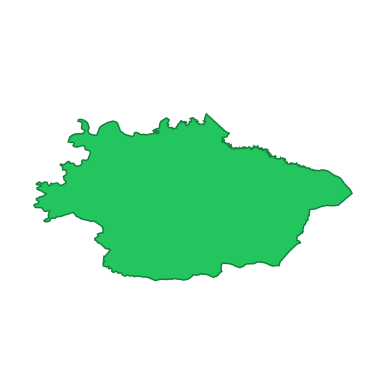 Renu Nakhon, Nakhon Phanom, Thailand, rotated 82°
{"feature_id": "78962969B93131496494320", "entity_name": "Renu Nakhon", "entity_type": "district", "adm_level": 2, "iso_a3": "THA", "parent_name": "Thailand", "parent_adm1": "Nakhon Phanom", "projection": "equal_earth", "projection_center": [104.629, 17.057], "detail": "fine", "context": "isolated", "style": "filled", "palette": "green", "viewbox_px": 384, "rotation_deg": 82, "n_neighbors": 0, "source": "geoboundaries", "source_scale": "gbopen_adm2", "svg_char_len": 6072}
<svg xmlns="http://www.w3.org/2000/svg" viewBox="0 0 384 384"><g transform="rotate(82 192 192)"><path d="M197.3,45.1L195.7,48.3L190.2,54.5L188.9,57.5L188.2,59.9L188.5,64.2L187.9,65.3L187.8,68.4L187.1,68.4L187.1,69.2L186.6,69.3L186.6,70.7L184.8,72.2L185.1,73.1L184.2,73.9L184.3,75.0L183.0,76.9L182.5,76.8L182.6,78.1L182.0,78.1L182.5,78.8L181.8,79.4L182.3,79.8L181.8,81.4L180.9,81.3L181.1,82.7L180.2,82.2L179.4,84.1L177.9,84.3L178.8,86.4L177.9,87.2L178.0,89.0L177.3,89.0L177.0,89.7L177.1,90.4L177.9,90.4L177.5,90.9L178.0,92.8L177.2,93.9L176.4,94.1L176.0,93.1L175.9,94.9L175.3,94.4L175.1,95.1L174.1,95.6L173.5,95.3L173.4,96.0L172.6,95.1L172.0,95.3L172.2,96.1L171.4,96.7L171.7,97.4L171.0,97.7L171.1,98.8L170.2,99.5L171.4,99.9L171.1,102.6L169.6,104.7L169.9,105.2L169.5,105.5L168.4,104.1L167.7,104.5L168.4,105.9L168.0,107.5L167.1,108.1L167.3,108.7L168.2,109.0L167.8,110.4L166.4,110.0L165.6,108.9L165.2,110.2L165.9,110.5L165.5,111.1L164.5,111.4L164.7,109.9L163.5,110.0L162.9,112.4L162.1,111.2L161.0,111.0L161.4,112.6L160.1,112.2L160.1,113.2L159.6,113.6L159.9,114.8L160.7,115.0L160.6,116.0L160.2,116.6L159.0,116.1L157.9,117.1L158.1,117.9L159.2,117.9L159.2,119.4L158.1,119.4L157.9,120.4L157.0,120.1L156.9,121.2L155.8,120.7L156.2,121.6L155.8,122.4L156.1,123.0L155.2,124.1L156.4,123.8L156.1,125.2L157.1,125.3L157.2,126.0L158.2,126.9L157.8,127.8L156.7,127.3L156.4,128.3L155.3,128.8L155.4,129.8L156.2,130.7L156.0,132.4L155.3,132.7L156.0,133.3L154.8,134.0L155.8,135.0L154.8,135.5L155.9,136.5L155.2,137.2L155.8,138.7L155.7,139.3L154.6,139.3L155.3,140.3L154.4,141.8L155.2,142.5L154.3,143.1L155.4,144.0L154.3,144.8L154.6,146.5L153.5,147.5L153.2,146.9L152.9,147.9L151.9,146.7L150.7,146.6L152.0,149.3L151.4,149.4L150.9,148.5L150.0,148.7L149.5,150.2L149.0,149.3L148.5,152.5L148.2,152.7L147.9,152.1L146.8,153.5L146.8,154.3L146.3,154.0L146.2,154.9L145.5,153.7L145.9,153.0L145.0,152.7L143.9,154.2L144.2,154.6L142.3,154.4L142.6,152.4L142.1,149.7L140.1,148.6L140.0,147.7L138.8,147.0L137.2,150.0L116.7,166.9L117.6,167.8L119.4,168.0L120.3,169.1L121.1,168.9L122.6,169.7L123.2,170.7L124.3,168.7L125.4,170.5L126.7,170.8L126.2,171.7L126.2,175.0L125.4,175.2L125.1,176.2L123.1,178.1L123.0,176.3L121.4,177.4L120.2,179.7L118.8,180.2L118.6,181.4L119.1,183.6L120.5,182.6L122.3,182.8L121.8,184.5L124.1,185.5L125.5,187.3L125.4,188.4L124.3,188.6L123.2,189.7L122.4,189.4L122.8,187.7L122.1,187.8L121.3,189.4L121.2,192.3L120.3,192.3L120.0,192.8L120.6,194.0L121.9,194.0L123.0,196.5L124.9,197.3L125.1,198.3L126.6,198.7L126.8,202.1L126.3,202.7L125.5,202.4L125.0,205.9L123.1,206.9L121.9,205.6L121.0,207.0L117.5,204.5L115.6,206.3L115.2,207.3L117.7,212.8L120.4,214.6L124.1,215.2L124.8,219.6L125.7,221.9L126.8,221.7L126.4,219.4L127.0,216.7L128.1,216.2L129.3,217.2L129.2,218.9L127.7,218.3L127.2,218.9L128.7,221.8L129.0,229.6L128.1,231.7L128.2,234.4L125.6,237.9L125.1,239.3L125.4,240.7L128.2,241.9L128.7,243.6L125.8,250.2L121.7,254.4L113.5,256.2L112.0,257.5L110.8,260.3L111.4,265.7L114.3,273.3L115.6,274.6L122.4,278.4L122.3,279.9L121.2,283.6L119.8,285.5L117.9,286.4L116.6,286.4L114.1,284.9L108.8,285.9L106.0,288.7L104.4,292.4L104.7,294.4L106.0,295.0L107.1,292.4L108.4,291.0L113.4,292.6L114.4,292.0L116.1,289.5L117.1,289.6L118.2,290.8L119.0,292.8L118.3,299.4L118.7,301.9L120.5,305.3L125.1,307.6L126.1,305.3L126.1,303.3L126.5,302.4L127.5,302.1L129.5,303.3L131.0,301.8L131.5,299.7L130.8,294.7L131.4,292.6L132.9,291.7L135.0,291.9L136.8,288.0L138.9,287.0L145.5,290.6L145.8,292.9L145.1,295.9L146.5,297.1L148.3,296.8L149.1,297.3L150.1,299.0L150.6,301.6L149.8,303.7L147.2,305.1L146.5,309.1L144.8,309.2L144.7,311.1L147.2,314.8L147.0,316.1L146.2,317.2L146.2,318.5L147.1,318.6L149.0,316.5L152.1,317.1L152.5,314.2L155.5,313.3L157.2,314.0L158.7,317.2L162.0,316.9L164.7,315.2L165.6,316.0L167.3,320.1L167.0,321.7L164.6,323.7L164.2,324.7L164.6,328.1L163.8,330.6L165.7,331.2L165.8,332.6L164.7,333.6L162.4,334.2L161.7,335.6L161.7,336.9L162.9,339.4L160.9,341.6L161.8,344.6L162.6,345.1L163.3,344.5L164.3,340.4L165.3,341.0L166.3,344.9L167.6,345.0L169.3,342.6L170.1,340.6L171.9,339.2L173.1,336.7L173.6,336.6L175.6,340.4L175.6,343.0L177.1,347.1L178.1,347.2L180.3,344.9L180.9,344.9L181.8,346.1L182.4,349.5L183.0,350.3L184.7,349.8L185.7,348.8L186.4,344.1L187.2,342.6L190.4,340.9L190.8,339.6L190.6,336.5L191.2,335.8L194.7,337.5L197.3,337.4L197.9,338.1L199.4,342.4L200.1,342.6L200.8,342.0L201.3,339.8L201.0,337.0L199.2,336.0L198.5,334.8L198.8,331.0L197.6,329.1L198.0,325.2L196.9,320.9L196.7,317.2L195.9,315.3L195.7,312.3L200.1,309.8L201.5,307.2L203.1,305.7L206.0,298.0L206.9,297.1L206.8,295.0L207.7,292.4L212.2,287.3L214.9,285.0L215.3,285.5L217.6,285.2L220.1,286.1L219.8,288.5L220.6,291.5L222.4,290.6L224.5,294.7L225.9,294.9L227.1,293.2L228.9,292.6L230.6,289.6L235.9,285.5L236.6,283.0L237.1,282.6L237.0,281.8L238.2,281.0L243.7,287.2L243.4,288.1L247.1,289.2L248.6,288.9L248.8,288.2L249.6,289.9L252.9,290.1L254.4,286.9L254.1,284.8L256.0,285.3L256.5,284.7L256.2,283.4L256.6,282.5L258.4,282.0L259.4,282.4L260.9,280.7L260.1,279.3L260.0,278.1L262.1,276.3L262.3,273.5L264.2,272.6L266.0,270.4L265.3,267.3L266.5,265.4L266.7,263.5L266.4,262.5L267.7,261.0L267.7,256.9L269.4,252.3L269.4,250.7L270.5,247.3L274.6,240.5L274.0,235.2L275.1,229.3L275.1,225.4L275.6,224.6L275.3,221.1L276.0,219.5L277.1,214.6L277.9,213.3L278.0,211.6L277.7,207.8L275.6,203.9L274.2,202.4L275.0,198.7L274.8,195.9L274.0,194.5L275.0,192.8L275.1,190.6L276.3,187.8L279.6,182.3L278.9,181.3L279.0,179.8L278.0,178.7L277.9,177.4L276.7,176.8L274.7,173.5L272.8,174.0L268.8,173.4L266.7,171.7L268.0,165.5L269.6,161.7L271.6,159.0L273.6,155.1L272.4,150.8L271.5,149.9L270.8,147.8L271.6,140.5L270.3,136.7L272.0,130.1L274.5,125.8L275.1,125.5L275.8,123.0L276.5,122.9L276.6,118.4L277.1,116.0L273.5,114.6L263.7,103.2L258.2,95.3L257.5,91.9L255.9,92.1L254.6,94.8L250.7,94.3L249.0,90.9L248.1,90.0L248.0,88.5L247.2,88.4L246.8,87.4L245.9,87.9L240.2,85.6L239.9,84.6L236.9,82.6L235.9,82.6L235.9,81.0L233.6,80.9L231.9,80.4L231.8,79.3L225.8,78.0L225.9,72.5L224.4,66.0L224.0,61.0L225.3,53.7L225.3,49.0L215.6,33.7L211.6,35.2L205.0,39.9L199.6,42.6L197.3,45.1Z" fill="#22c55e" stroke="#15803d" stroke-width="1.5"/></g></svg>